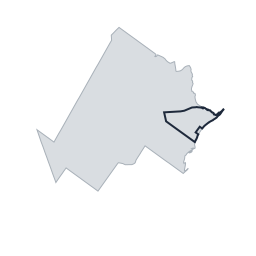 Trarza highlighted on a map of Mauritania, rotated 216°
{"feature_id": "MRT-2788", "entity_name": "Trarza", "entity_type": "Region", "adm_level": 1, "iso_a3": "MRT", "parent_name": "Mauritania", "parent_adm1": "", "projection": "robinson", "projection_center": [-15.679, 17.405], "detail": "fine", "context": "in_parent", "style": "outline", "palette": "slate", "viewbox_px": 256, "rotation_deg": 216, "n_neighbors": 0, "source": "natural_earth", "source_scale": "10m", "svg_char_len": 4758}
<svg xmlns="http://www.w3.org/2000/svg" viewBox="0 0 256 256"><g transform="rotate(216 128 128)"><path d="M112.9,213.6L112.7,213.5L111.4,212.5L110.8,211.3L109.7,210.4L108.3,209.8L107.4,209.2L107.0,208.4L106.5,207.9L105.9,207.6L105.9,207.3L106.0,207.0L105.9,206.3L105.0,204.7L104.3,204.0L103.6,204.1L103.3,203.9L103.0,203.6L102.9,203.1L102.5,202.6L101.7,202.5L101.1,201.3L100.6,199.2L100.0,197.5L99.3,196.4L98.7,195.9L98.3,195.8L98.2,195.6L98.1,195.3L97.5,195.2L96.7,195.5L95.9,195.4L95.6,194.8L95.1,194.8L94.4,195.3L93.7,195.1L93.0,194.4L92.5,193.6L92.4,192.9L91.1,191.4L88.5,189.2L85.7,188.1L82.7,188.3L81.0,188.2L80.6,187.8L80.2,187.8L79.8,188.2L79.4,188.3L79.0,188.1L78.7,188.3L78.6,188.8L77.6,189.1L75.5,189.1L73.9,189.5L72.6,190.2L70.9,190.5L68.6,190.4L67.2,190.1L66.7,189.7L66.0,189.6L65.2,189.8L64.4,190.9L63.8,192.9L63.2,194.1L62.8,194.3L62.3,195.8L62.0,198.3L61.6,199.4L61.6,193.2L62.3,190.9L62.5,188.9L63.9,184.4L65.6,180.7L67.1,175.9L67.7,171.1L67.5,166.5L67.1,162.4L66.3,159.7L65.5,155.8L64.4,153.7L62.4,151.9L61.9,150.8L62.4,150.4L63.6,150.1L64.4,148.7L62.8,149.3L64.7,144.9L65.3,142.0L65.2,140.1L65.6,138.9L64.1,136.3L63.0,133.0L62.4,132.5L61.8,132.2L61.7,133.0L61.4,133.7L60.7,133.3L59.4,130.9L57.6,127.0L57.0,126.6L56.5,127.2L56.2,127.7L55.6,130.9L55.4,129.6L55.6,128.1L56.1,126.3L56.6,123.7L58.1,123.7L60.9,123.7L66.3,123.7L69.1,123.7L74.5,123.7L77.3,123.6L82.7,123.6L85.5,123.6L91.0,123.6L93.7,123.6L99.2,123.6L101.9,123.6L103.7,123.6L103.6,121.8L103.5,120.3L103.4,118.4L103.3,116.4L103.1,114.5L103.0,112.7L102.9,110.8L102.8,109.1L102.7,107.6L102.6,106.7L102.0,104.9L101.8,104.0L102.0,103.1L102.4,102.2L103.4,100.6L105.0,99.4L106.9,98.0L108.3,96.9L109.0,96.6L111.2,96.2L113.0,95.4L114.7,94.6L115.4,94.2L115.5,92.7L115.2,59.3L123.6,59.3L125.8,59.3L141.2,59.3L143.4,59.3L154.6,59.3L154.6,57.8L154.6,55.5L154.5,52.4L154.5,49.3L154.4,43.8L154.3,41.5L156.6,43.1L161.1,46.1L163.3,47.6L167.8,50.7L172.3,53.7L176.8,56.8L179.1,58.3L181.3,59.8L183.6,61.4L185.8,62.9L190.4,65.9L192.2,67.2L195.2,69.3L197.9,71.2L200.6,73.1L196.5,73.1L190.9,73.1L187.1,73.1L183.3,73.1L179.6,73.1L180.0,76.3L180.4,79.7L180.8,83.1L181.1,86.6L181.5,90.0L182.7,100.3L183.1,103.7L183.5,107.1L183.9,110.6L184.3,114.0L185.1,120.8L185.4,124.3L185.8,127.7L186.2,131.1L186.6,134.6L187.0,138.0L187.8,144.9L188.2,148.3L188.6,151.7L189.0,155.1L189.4,158.6L189.7,162.0L190.1,165.4L190.5,168.9L191.3,175.7L191.7,179.1L192.1,182.6L192.5,186.0L192.8,189.3L194.3,191.1L196.1,193.3L195.6,196.4L195.1,200.1L194.4,204.1L189.4,204.1L184.5,204.1L172.2,204.1L169.8,204.1L157.5,204.1L155.0,204.1L150.3,204.1L148.9,204.0L148.4,203.7L148.2,201.6L147.8,201.8L147.3,202.4L147.0,203.0L147.1,203.9L147.0,204.6L145.5,204.9L143.3,205.4L141.1,205.8L138.8,205.7L138.0,205.5L137.2,205.2L135.4,204.9L134.4,204.9L133.3,205.0L132.0,205.1L131.6,205.5L130.6,207.1L129.6,208.9L129.0,208.9L128.3,207.9L126.3,206.0L123.9,203.6L122.8,202.3L122.2,202.2L121.1,203.1L120.2,203.9L119.2,205.1L118.7,206.2L118.3,207.6L118.2,209.2L117.8,211.0L117.0,212.5L116.0,213.7L115.3,214.2L115.0,214.5L112.9,213.6ZM63.6,146.1L62.8,147.4L62.5,146.9L62.4,146.0L63.1,144.7L63.4,144.1L64.0,143.9L63.6,146.1Z" fill="#d9dde1" stroke="#a8b0b8" stroke-width="1"/><path d="M80.7,187.9L80.5,187.7L80.4,187.6L80.1,187.8L79.9,188.0L79.9,188.3L79.7,188.4L79.6,188.5L79.5,188.4L79.4,188.3L79.3,188.1L79.1,188.0L79.0,187.9L78.8,188.0L78.7,188.1L78.7,188.3L78.7,188.5L78.9,188.7L79.0,188.8L78.9,189.0L78.6,189.1L77.3,189.4L77.1,189.4L76.5,189.3L76.2,189.3L75.5,189.6L75.3,189.6L75.1,189.6L74.9,189.4L74.7,189.2L74.3,189.2L74.2,189.4L73.9,189.8L73.8,190.0L73.6,190.0L72.9,189.9L72.8,190.0L72.6,190.1L72.4,190.3L72.2,190.5L71.8,190.5L71.6,190.5L71.4,190.3L70.9,190.3L70.3,190.1L70.1,190.1L69.8,190.1L69.7,190.1L69.3,190.0L69.1,190.0L68.7,190.3L68.3,190.2L68.2,190.2L68.1,190.3L67.7,190.4L67.4,190.3L67.2,190.2L66.8,189.7L66.7,189.6L66.3,189.5L66.2,189.6L65.8,189.9L65.7,190.0L65.4,190.0L65.0,189.9L64.8,190.0L64.5,190.1L64.3,190.4L64.1,190.6L64.0,190.9L64.0,191.4L63.5,193.8L63.4,193.9L63.4,194.1L63.2,194.2L62.7,194.3L62.5,194.5L62.5,194.8L62.4,195.7L62.2,196.3L62.0,196.9L62.0,197.0L61.9,198.5L61.8,199.3L61.5,199.8L61.7,197.5L61.7,196.3L61.6,193.5L61.7,192.6L61.8,192.3L62.1,191.6L62.2,190.9L62.3,190.7L62.4,190.4L62.4,188.9L62.5,188.3L63.5,185.6L63.8,185.1L63.9,184.2L64.2,183.7L64.7,182.8L65.8,180.4L65.8,180.0L66.0,179.8L67.1,175.9L67.5,174.2L67.6,172.3L67.7,171.2L70.7,171.2L70.7,167.3L70.7,164.2L67.5,164.2L67.4,164.2L67.2,162.9L67.1,162.4L66.5,160.9L66.2,159.2L66.0,158.7L66.1,158.3L66.1,157.9L65.6,156.0L65.6,155.9L88.9,155.8L89.4,155.8L101.1,155.8L108.0,161.9L98.6,169.6L95.3,172.3L92.6,175.1L88.3,182.2L85.4,184.6L85.0,185.0L84.7,185.4L83.7,185.8L82.1,186.8L80.9,187.6L80.7,187.9Z" fill="none" stroke="#1e293b" stroke-width="2"/></g></svg>